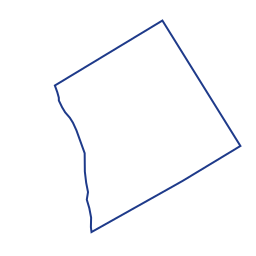 the district of Manistee, Michigan, United States of America, rotated 328°
{"feature_id": "52423323B69825151981471", "entity_name": "Manistee", "entity_type": "district", "adm_level": 2, "iso_a3": "USA", "parent_name": "United States of America", "parent_adm1": "Michigan", "projection": "albers", "projection_center": [-86.216, 44.341], "detail": "fine", "context": "isolated", "style": "outline", "palette": "blue", "viewbox_px": 256, "rotation_deg": 328, "n_neighbors": 0, "source": "geoboundaries", "source_scale": "gbopen_adm2", "svg_char_len": 402}
<svg xmlns="http://www.w3.org/2000/svg" viewBox="0 0 256 256"><g transform="rotate(328 128 128)"><path d="M214.1,55.1L88.5,53.2L87.0,60.2L85.4,65.6L83.9,68.1L83.1,75.5L83.0,81.4L84.1,88.5L84.1,94.4L83.0,102.8L77.9,126.4L68.3,142.1L63.5,152.3L60.1,161.2L55.1,166.9L52.7,175.5L49.2,184.5L44.0,192.4L41.9,196.9L146.2,201.8L213.8,202.8L214.1,55.1Z" fill="none" stroke="#1e3a8a" stroke-width="2"/></g></svg>